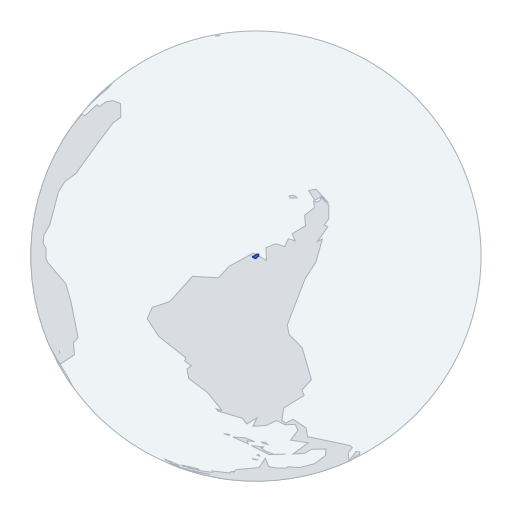 Lavalleja highlighted on a globe, orthographic projection, rotated 203°
{"feature_id": "URY-19", "entity_name": "Lavalleja", "entity_type": "Department", "adm_level": 1, "iso_a3": "URY", "parent_name": "Uruguay", "parent_adm1": "", "projection": "orthographic", "projection_center": [-54.924, -33.979], "detail": "fine", "context": "on_globe", "style": "filled", "palette": "blue", "viewbox_px": 512, "rotation_deg": 203, "n_neighbors": 0, "source": "natural_earth", "source_scale": "10m", "svg_char_len": 4029}
<svg xmlns="http://www.w3.org/2000/svg" viewBox="0 0 512 512"><g transform="rotate(203 256 256)"><circle cx="256" cy="256" r="225" fill="#eef3f6" stroke="#a8b0b8"/><path d="M194.7,39.2L196.4,38.9L201.0,37.6L221.9,33.3L243.1,31.1L254.0,31.0L243.2,32.2L227.3,33.5L213.0,37.0L230.1,33.6L230.2,35.2L233.4,35.2L238.0,34.8L241.0,33.9L242.7,34.5L226.4,37.5L224.7,37.0L229.8,35.9L222.4,36.8L211.4,39.9L212.3,41.0L194.8,46.2L195.2,47.3L191.7,49.4L192.2,47.2L190.9,51.6L170.5,62.3L168.4,73.6L162.0,67.1L154.5,68.8L145.2,72.6L144.6,74.3L133.1,78.3L121.0,87.6L114.1,99.5L116.2,105.7L129.3,99.8L134.3,93.2L144.6,88.2L134.8,104.5L152.3,100.0L149.2,111.8L154.0,116.3L163.4,112.0L172.9,112.5L180.4,104.0L192.3,98.1L191.8,107.5L198.9,97.8L205.2,101.3L229.2,98.5L227.2,100.8L247.3,111.4L270.1,117.0L275.4,125.0L272.6,129.7L280.7,131.6L280.9,134.9L314.0,143.9L331.6,155.8L331.4,168.2L317.4,180.5L306.5,212.5L281.9,221.3L276.8,235.8L259.6,257.7L244.6,255.9L250.1,267.5L242.8,274.9L233.4,275.9L232.9,284.5L225.9,285.3L231.4,290.7L222.2,303.2L227.2,312.6L221.0,323.4L224.5,329.0L221.4,329.2L218.7,332.0L219.2,335.4L208.8,331.3L203.5,318.5L205.4,311.3L201.3,311.0L205.1,293.4L201.5,297.4L198.5,273.8L201.9,254.2L200.3,204.8L194.8,196.6L177.6,189.6L156.7,163.8L161.4,150.5L157.2,146.3L171.1,127.1L168.0,114.5L163.2,113.9L158.2,120.2L142.6,117.2L138.0,109.8L95.6,118.3L92.4,117.1L94.3,110.8L90.4,103.8L87.4,115.3L83.9,116.0L83.1,113.6L86.0,110.1L88.7,105.2L88.1,105.8L99.1,94.3L110.9,83.6L123.5,73.8L136.7,64.9L150.5,57.0L164.8,50.0L179.6,44.1L194.7,39.2ZM166.2,78.3L186.3,79.7L173.8,83.4L176.4,81.6L171.5,80.1L162.0,80.4L151.3,85.2L166.2,78.3ZM177.6,68.7L174.0,69.2L177.7,68.2L177.6,68.7ZM226.9,340.9L210.0,333.3L219.2,336.3L223.6,330.2L233.1,336.8L226.9,340.9ZM240.8,325.6L247.1,322.5L249.1,324.1L245.2,326.7L240.8,325.6ZM397.9,81.0L399.9,83.3L394.8,80.2L385.7,74.0L373.5,64.1L380.8,68.5L397.9,81.0ZM479.0,287.7L476.3,302.5L471.6,318.4L468.0,318.6L461.6,333.1L458.8,332.1L454.1,339.5L448.1,343.2L440.4,343.4L434.6,330.9L439.5,323.0L444.6,303.0L454.0,261.6L461.1,249.9L462.8,237.5L458.0,203.9L459.4,192.3L456.8,184.3L452.2,180.9L448.4,171.6L445.1,168.6L420.2,156.1L409.2,142.6L388.0,111.6L390.1,104.6L384.6,94.2L394.0,79.8L402.6,86.1L412.4,93.8L423.7,105.6L434.2,118.2L443.7,131.5L452.3,145.5L459.8,160.0L466.2,175.1L471.6,190.6L475.7,206.4L478.8,222.5L480.6,238.7L481.3,255.1L480.7,271.5L479.0,287.7ZM398.5,89.6L400.1,92.2L398.5,89.6ZM230.0,98.3L232.8,99.9L228.9,100.2L230.0,98.3ZM171.5,87.2L176.0,86.2L178.2,87.0L174.6,88.2L171.5,87.2ZM210.9,80.0L216.4,80.0L210.5,81.4L210.9,80.0ZM189.6,80.0L206.5,80.3L195.1,84.4L184.5,84.6L192.1,82.4L189.6,80.0ZM174.4,73.3L177.1,73.1L175.9,74.7L174.4,73.3ZM180.3,68.0L179.1,68.4L178.0,67.7L180.3,68.0ZM231.1,35.0L232.5,34.8L236.8,34.5L234.3,35.0L231.1,35.0ZM259.0,32.7L261.0,33.8L257.8,33.1L254.7,33.6L244.2,33.2L253.7,31.4L251.3,32.1L259.0,32.7ZM232.7,33.0L238.3,33.0L231.8,33.2L232.7,33.0ZM379.7,442.6L375.0,445.4L377.1,443.7L379.7,442.6ZM461.9,347.3L455.8,358.6L457.7,352.7L462.7,342.8L469.4,327.9L469.2,328.7L461.9,347.3Z" fill="#d9dde1" stroke="#a8b0b8" stroke-width="1"/><path d="M253.7,256.9L253.8,256.8L253.9,256.7L254.0,256.6L254.0,256.4L254.2,256.2L254.3,256.2L254.4,255.9L254.5,255.7L254.7,255.4L254.8,255.1L254.8,254.9L254.7,254.7L254.8,254.5L254.9,254.4L255.0,254.4L255.1,254.2L255.3,254.0L255.4,253.9L255.4,253.7L255.5,253.6L255.8,253.5L256.0,253.6L256.3,253.5L256.5,253.5L256.8,253.7L257.1,253.8L257.4,253.9L257.6,253.9L257.7,253.7L257.8,253.6L258.0,253.5L258.2,253.8L258.3,253.8L258.5,253.9L258.6,254.0L258.4,254.0L258.3,254.3L258.2,254.4L257.9,254.6L257.8,254.8L257.8,255.0L257.7,255.2L257.7,255.3L257.6,255.5L257.4,255.8L257.3,256.0L257.2,256.1L257.1,256.3L256.9,256.3L256.7,256.4L256.7,256.5L256.5,256.8L256.5,257.0L256.4,257.2L256.3,257.4L256.3,257.5L256.2,257.6L255.9,257.8L255.7,257.9L255.5,258.1L255.4,258.1L255.2,258.1L254.8,258.4L254.7,258.5L254.2,258.5L254.2,258.4L254.0,258.1L254.0,257.9L254.0,257.7L253.9,257.4L253.7,256.9Z" fill="#3b82f6" stroke="#1e3a8a" stroke-width="1.5"/></g></svg>